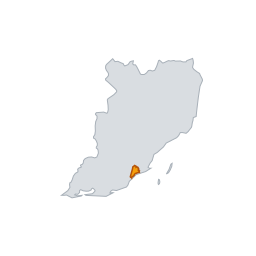 location of Limon, Colón, Honduras, rotated 140°
{"feature_id": "27666195B22880782572265", "entity_name": "Limon", "entity_type": "district", "adm_level": 2, "iso_a3": "HND", "parent_name": "Honduras", "parent_adm1": "Colón", "projection": "natural_earth1", "projection_center": [-85.558, 15.789], "detail": "fine", "context": "in_parent", "style": "filled", "palette": "amber", "viewbox_px": 256, "rotation_deg": 140, "n_neighbors": 0, "source": "geoboundaries", "source_scale": "gbopen_adm2", "svg_char_len": 3870}
<svg xmlns="http://www.w3.org/2000/svg" viewBox="0 0 256 256"><g transform="rotate(140 128 128)"><path d="M222.2,119.2L214.4,118.7L210.7,119.8L209.1,122.3L207.7,123.4L206.6,123.1L204.2,124.1L200.7,126.3L197.5,127.1L194.7,126.6L193.9,127.2L193.6,127.9L193.2,128.6L192.1,129.0L190.8,128.8L189.4,128.0L188.7,128.3L188.6,129.7L187.8,130.1L186.4,129.5L184.7,130.0L182.9,131.7L180.4,132.1L177.1,131.1L174.5,129.2L172.7,126.5L170.5,125.8L166.8,127.8L165.2,130.2L164.8,131.6L165.2,133.0L164.5,133.8L162.8,134.3L161.4,135.9L160.5,138.7L160.3,140.9L160.9,142.4L160.0,143.5L157.7,144.2L155.0,146.6L151.8,150.7L148.7,153.6L145.6,155.2L144.1,157.0L144.2,159.0L144.0,159.6L143.4,159.9L142.4,160.1L136.4,155.8L134.7,152.8L133.2,153.3L131.3,154.8L128.7,158.2L125.8,162.8L124.5,163.3L117.4,162.6L113.6,163.0L112.8,163.6L112.5,165.3L112.7,167.6L113.7,175.7L114.3,179.0L113.7,180.1L111.8,180.2L109.3,180.7L108.0,182.2L107.6,183.8L107.5,186.0L106.7,188.3L105.2,189.9L103.7,190.5L95.2,190.9L95.3,187.2L92.9,185.6L91.5,182.5L90.3,180.4L90.7,179.1L90.6,177.6L87.2,176.5L83.9,177.4L82.1,176.8L80.7,176.0L83.1,174.1L83.2,173.0L82.5,172.2L81.7,171.6L81.9,169.5L82.4,167.1L83.8,161.3L83.3,160.3L81.1,158.5L78.4,158.3L75.4,158.9L73.9,158.0L72.7,156.0L70.5,155.0L66.7,156.6L62.7,159.0L61.4,159.9L60.4,159.8L60.0,158.0L59.8,155.9L59.5,155.3L57.4,154.6L54.9,154.0L53.6,153.5L52.4,152.0L49.4,150.2L48.7,148.8L44.7,145.6L43.9,144.0L43.0,142.9L41.1,141.4L39.6,141.8L34.5,140.0L33.8,139.8L34.5,138.2L36.1,135.7L39.6,133.0L39.9,130.8L39.0,126.5L38.1,123.8L38.6,122.5L39.7,117.6L40.5,116.4L45.6,113.9L46.1,113.6L50.1,110.1L54.5,106.2L59.1,101.9L64.2,97.1L67.1,94.3L68.4,93.0L71.3,94.0L73.6,91.8L75.0,91.0L78.1,88.3L79.1,87.7L84.4,86.6L86.9,86.6L89.1,89.4L90.9,90.9L94.2,89.6L97.0,89.3L108.4,91.9L113.0,90.7L121.4,90.5L125.1,91.1L130.5,87.5L133.9,86.8L137.9,85.1L137.4,83.3L136.4,82.5L142.5,83.3L151.6,87.0L161.3,86.3L164.8,84.3L167.1,83.8L177.0,87.5L179.6,90.4L181.7,90.7L183.3,90.1L183.7,89.5L181.7,88.8L180.9,87.9L188.7,89.7L203.5,103.4L203.8,104.6L197.5,100.5L194.1,100.8L193.3,101.5L193.4,103.7L193.8,104.7L195.2,104.8L196.2,104.2L198.8,105.0L200.6,106.4L202.7,108.7L203.9,111.2L205.3,111.2L206.6,109.7L209.1,109.5L210.7,111.2L211.9,111.1L210.3,108.5L206.5,106.0L207.4,105.9L215.8,110.5L218.2,116.2L220.2,117.5L222.2,119.2ZM123.2,69.9L118.4,72.7L116.9,72.6L119.1,70.5L122.7,68.7L125.7,67.7L128.2,68.1L123.2,69.9ZM139.9,67.0L137.6,69.0L137.2,68.1L138.3,66.2L139.7,65.1L141.0,65.2L140.7,66.0L139.9,67.0Z" fill="#d9dde1" stroke="#a8b0b8" stroke-width="1"/><path d="M157.3,87.7L157.2,87.8L157.2,87.7L157.1,87.8L156.8,87.8L156.6,87.8L156.3,87.8L156.2,87.8L155.9,87.8L155.7,87.8L155.4,87.8L155.2,87.8L154.9,87.8L154.8,87.7L154.7,87.7L154.4,87.7L154.2,87.7L154.0,87.8L153.9,87.8L153.7,87.9L153.4,87.9L153.3,88.0L153.2,88.0L152.9,88.3L152.7,88.3L152.4,88.4L152.2,88.4L151.9,88.4L151.7,88.4L151.4,88.3L151.2,88.2L150.9,88.1L150.7,88.1L150.4,87.9L150.2,87.9L149.9,87.7L149.6,87.7L149.3,87.5L148.9,87.3L148.6,87.2L148.4,87.1L148.1,86.9L147.9,86.8L147.8,86.7L147.3,87.5L147.2,87.7L147.2,87.8L147.3,88.0L147.2,88.1L147.1,87.9L147.0,88.0L146.9,88.0L147.0,88.3L146.9,88.3L146.9,88.5L147.0,88.5L147.3,89.1L147.2,89.2L146.9,89.1L146.7,89.2L146.6,89.3L146.5,89.5L146.5,89.4L146.4,89.4L146.3,89.5L146.3,89.8L146.2,89.8L146.1,90.0L145.9,90.2L145.9,90.3L146.0,90.5L145.9,90.7L145.9,90.8L146.0,90.9L146.0,91.0L145.9,91.0L145.8,91.3L145.7,91.4L145.7,91.5L145.8,91.7L145.8,91.8L145.9,92.0L146.0,92.0L146.1,92.3L146.3,92.4L146.5,92.4L146.6,92.5L146.8,92.7L146.7,92.8L146.7,93.0L146.8,93.0L146.7,93.1L146.4,93.2L146.4,93.3L146.4,93.5L146.5,93.8L146.5,94.0L146.8,94.2L146.9,94.3L146.9,94.5L147.0,94.6L147.0,94.8L147.0,95.0L149.3,95.1L151.1,93.6L157.4,89.3L157.5,89.2L157.6,88.9L157.7,88.7L157.6,88.4L157.5,88.2L157.4,88.2L157.3,87.9L157.2,87.8L157.3,87.8L157.3,87.7Z" fill="#f59e0b" stroke="#b45309" stroke-width="1.5"/></g></svg>